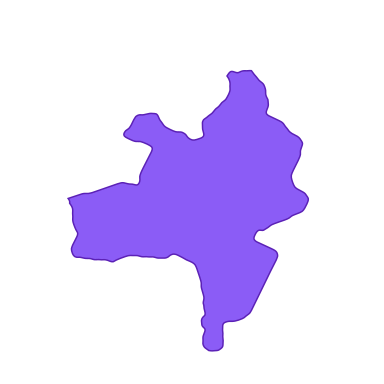 outline of Galvan, Bahoruco, Dominican Republic, rotated 26°
{"feature_id": "3306468B84487207746542", "entity_name": "Galvan", "entity_type": "district", "adm_level": 2, "iso_a3": "DOM", "parent_name": "Dominican Republic", "parent_adm1": "Bahoruco", "projection": "albers", "projection_center": [-71.318, 18.475], "detail": "fine", "context": "isolated", "style": "filled", "palette": "violet", "viewbox_px": 384, "rotation_deg": 26, "n_neighbors": 0, "source": "geoboundaries", "source_scale": "gbopen_adm2", "svg_char_len": 5368}
<svg xmlns="http://www.w3.org/2000/svg" viewBox="0 0 384 384"><g transform="rotate(26 192 192)"><path d="M276.6,327.1L278.7,326.4L280.0,325.8L283.8,323.6L284.8,322.9L285.6,321.9L286.7,319.9L287.1,318.8L287.3,317.7L287.2,317.1L286.9,316.0L285.1,311.9L283.1,308.6L281.7,305.5L280.0,302.7L278.2,298.7L277.9,297.6L277.9,297.0L278.0,296.3L278.2,295.7L278.9,294.6L280.4,293.1L282.1,291.9L285.2,290.4L287.1,289.2L290.0,286.7L292.6,283.9L293.9,282.1L295.0,279.6L296.5,276.7L297.0,275.4L297.1,274.6L297.3,272.3L297.3,229.2L297.5,216.2L297.3,213.8L297.1,212.3L296.8,211.6L296.1,210.5L295.1,209.5L294.6,209.1L293.3,208.5L291.8,208.2L290.3,208.1L287.9,208.1L273.4,208.4L271.9,208.4L270.5,208.2L269.2,207.7L268.6,207.3L268.1,206.7L267.8,206.1L267.5,204.7L267.4,202.6L267.5,200.4L267.8,199.0L268.3,197.8L268.7,197.3L269.1,196.9L269.6,196.6L272.2,195.6L273.1,194.9L275.7,190.8L277.2,187.8L277.9,186.6L279.9,184.3L283.2,180.9L287.4,176.7L289.5,174.4L290.8,172.6L292.0,170.1L292.8,168.9L294.3,167.2L297.9,163.3L299.3,161.4L299.6,160.8L300.1,159.3L300.4,157.1L300.5,152.5L300.3,149.5L300.0,148.2L299.7,147.6L299.4,147.0L298.9,146.5L297.9,145.8L294.7,144.0L293.4,143.6L291.9,143.4L285.0,143.1L283.5,142.8L282.0,142.3L280.2,141.0L278.4,139.4L276.3,137.2L274.9,135.4L274.2,134.0L273.9,133.3L273.6,131.0L273.5,127.9L273.6,116.9L273.4,113.0L273.0,110.8L271.6,107.9L271.2,106.6L270.5,101.3L270.1,100.1L269.8,99.6L269.3,99.1L268.4,98.4L265.7,96.8L264.5,96.3L263.8,96.1L262.3,95.8L256.1,95.6L253.9,95.2L252.6,94.8L249.7,93.3L247.2,92.2L244.4,90.6L243.1,90.1L241.6,89.8L239.2,89.7L229.7,89.8L227.5,89.8L226.1,89.6L224.8,89.1L224.3,88.6L223.9,88.1L223.5,87.0L223.3,85.7L223.0,82.4L222.7,81.0L222.2,79.8L220.3,76.6L219.6,75.6L217.2,73.8L215.9,72.5L215.2,71.5L213.6,68.4L212.8,67.3L211.3,65.7L209.6,64.2L208.3,63.5L207.0,63.1L204.3,62.5L203.0,62.1L199.5,60.4L196.4,59.1L192.2,56.9L190.5,57.7L188.2,59.0L185.9,60.1L184.7,60.8L183.3,62.0L181.5,64.2L180.5,64.9L179.2,65.3L175.9,65.8L174.7,66.3L174.2,66.7L173.8,67.1L173.3,68.3L173.0,69.5L172.6,72.4L174.5,73.5L175.7,74.4L177.3,75.9L178.2,77.1L178.9,78.3L179.7,80.2L181.2,83.0L181.7,84.3L182.0,86.4L182.1,88.6L182.0,91.5L181.8,93.7L181.4,95.0L179.7,98.5L179.4,99.8L178.8,102.5L178.4,103.8L177.0,106.7L176.6,108.0L175.8,111.4L175.4,112.7L173.6,116.1L172.5,118.6L171.3,120.8L170.8,121.9L170.7,122.6L170.7,124.0L171.0,125.2L173.4,129.8L174.1,131.0L176.8,134.2L177.5,135.3L177.7,136.0L177.8,136.6L177.7,137.3L177.5,137.9L176.9,139.0L176.0,140.0L173.5,142.5L172.4,143.4L171.3,144.3L170.0,144.9L169.3,145.1L168.6,145.2L167.2,145.3L165.1,145.0L163.9,144.6L161.1,143.1L159.7,142.8L158.4,142.7L157.0,142.7L155.6,143.0L152.2,144.6L150.8,145.0L148.5,145.3L144.7,145.4L140.8,145.3L139.3,145.1L137.9,144.7L136.7,144.1L134.4,142.8L132.0,141.6L130.8,140.8L128.2,138.6L127.1,137.9L126.5,137.7L125.8,137.5L125.2,137.6L124.1,137.9L120.7,139.3L119.5,140.0L114.9,143.6L113.7,144.4L111.9,145.2L110.8,145.8L109.8,146.7L109.4,147.2L108.7,148.3L108.4,149.0L108.2,150.4L108.0,152.7L108.0,158.1L107.9,159.6L107.7,161.1L107.6,161.8L107.1,163.1L105.6,165.9L105.3,167.2L105.2,168.4L105.2,169.1L105.4,169.7L105.6,170.3L106.0,170.8L106.6,171.3L107.2,171.5L108.5,171.8L111.4,171.9L116.0,171.8L118.2,171.5L119.6,171.1L122.5,169.7L123.8,169.2L124.6,169.1L126.8,168.8L130.7,168.6L133.6,168.7L135.0,168.9L136.2,169.3L136.8,169.8L137.2,170.3L137.7,171.6L137.9,173.6L137.6,191.4L137.6,195.2L137.7,197.5L138.0,199.8L138.4,201.2L139.9,204.0L140.3,205.2L140.5,206.5L140.5,207.1L140.3,208.4L140.1,209.0L139.7,209.5L139.2,209.9L138.7,210.2L135.0,211.1L132.1,212.3L130.8,212.7L126.8,213.6L125.5,214.1L124.2,214.9L123.1,215.9L121.4,217.4L105.7,233.2L102.5,236.4L100.8,237.8L99.6,238.7L96.5,240.2L95.3,240.9L94.1,241.8L91.4,244.4L83.5,252.1L85.0,253.0L85.8,253.7L86.5,254.6L86.9,255.7L89.5,257.2L90.6,258.0L91.6,258.9L92.4,260.0L93.0,261.1L94.1,263.6L95.7,266.4L96.8,268.9L97.5,270.1L98.4,271.3L99.9,272.9L102.0,274.9L104.1,276.7L106.7,278.5L107.1,278.9L107.5,279.5L107.9,280.7L108.1,282.1L108.1,284.3L108.0,292.0L108.2,294.2L108.5,295.7L108.8,296.3L109.6,297.6L110.6,298.7L111.6,299.7L112.8,300.6L113.4,300.9L114.1,301.2L114.8,301.4L115.5,301.4L116.8,301.2L117.4,301.0L119.6,299.9L120.8,299.5L124.2,298.7L125.5,298.3L129.0,296.7L130.3,296.3L133.1,295.8L134.4,295.4L137.8,293.6L140.4,292.6L142.6,291.4L143.8,290.9L145.9,290.4L149.2,290.1L150.5,289.8L151.0,289.6L151.6,289.3L152.0,288.9L153.8,286.3L156.7,283.0L160.4,279.2L162.6,277.2L164.5,276.0L167.0,274.9L169.8,273.5L171.1,273.0L173.1,272.6L175.1,272.2L176.4,271.7L179.2,270.2L181.8,269.2L185.2,267.5L186.6,267.1L189.3,266.6L190.6,266.2L196.5,263.3L197.5,262.6L198.8,261.2L200.2,258.3L201.0,257.3L201.9,256.4L203.0,255.7L203.7,255.5L205.1,255.1L207.4,255.0L212.1,255.1L216.9,255.4L220.4,255.2L223.3,255.2L225.4,255.6L226.7,256.1L228.5,257.4L230.1,258.9L236.4,265.3L238.9,268.0L240.2,269.7L241.7,272.8L242.5,274.0L243.9,275.6L247.3,279.4L248.7,281.1L249.3,282.3L249.6,282.9L250.4,286.0L250.9,287.1L252.3,288.7L253.9,291.3L256.5,294.5L257.2,295.7L257.4,296.3L257.5,296.9L257.5,297.4L256.6,300.0L256.5,301.3L256.5,301.9L256.8,303.2L257.4,304.3L259.0,306.9L259.7,307.7L260.7,308.3L262.8,309.0L263.8,309.6L264.1,310.1L264.4,310.7L264.7,311.9L265.1,315.9L265.4,317.3L265.9,318.5L267.1,320.8L268.2,323.3L268.5,323.8L269.4,324.8L270.5,325.6L271.0,325.9L271.7,326.2L273.0,326.5L276.6,327.1Z" fill="#8b5cf6" stroke="#5b21b6" stroke-width="1.5"/></g></svg>